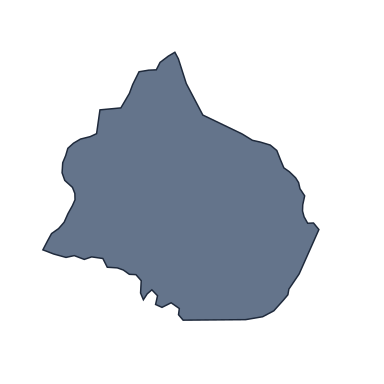 Assunção, Paraíba, Brazil, rotated 114°
{"feature_id": "56859067B95091211309862", "entity_name": "Assunção", "entity_type": "district", "adm_level": 2, "iso_a3": "BRA", "parent_name": "Brazil", "parent_adm1": "Paraíba", "projection": "orthographic", "projection_center": [-36.706, -7.073], "detail": "fine", "context": "isolated", "style": "filled", "palette": "slate", "viewbox_px": 384, "rotation_deg": 114, "n_neighbors": 0, "source": "geoboundaries", "source_scale": "gbopen_adm2", "svg_char_len": 1119}
<svg xmlns="http://www.w3.org/2000/svg" viewBox="0 0 384 384"><g transform="rotate(114 192 192)"><path d="M277.2,76.7L267.2,68.9L253.5,64.5L246.9,62.6L241.3,64.0L223.3,60.8L174.7,60.8L170.9,68.4L173.5,73.6L169.1,79.5L164.4,83.3L158.7,85.6L149.7,87.5L145.1,94.7L140.1,98.4L136.9,103.1L133.9,111.3L132.6,117.9L126.4,124.5L119.6,131.4L117.3,139.6L118.6,149.9L120.2,157.8L118.6,169.7L117.3,213.4L95.2,241.4L75.9,258.6L71.3,264.5L77.5,268.9L86.6,273.9L94.9,274.3L98.3,281.1L103.7,289.3L117.9,289.9L127.4,289.3L144.1,291.2L154.4,309.5L177.5,302.9L182.8,307.5L189.0,315.4L195.6,320.1L202.6,323.2L210.1,322.2L217.9,322.0L227.3,318.5L233.2,312.9L236.4,303.1L241.0,298.4L246.7,295.7L253.2,295.7L262.2,296.5L271.6,296.5L279.7,299.0L287.1,303.4L295.5,304.1L305.5,304.7L304.9,293.1L303.0,280.5L298.0,273.7L297.4,263.0L292.1,257.3L289.0,246.4L295.2,238.8L291.7,229.4L291.2,223.0L292.7,215.8L290.3,209.6L293.7,202.3L305.2,197.9L310.2,192.6L303.3,191.5L297.7,188.9L300.8,181.3L309.6,179.5L309.6,172.5L301.7,166.0L303.6,156.2L309.6,154.4L312.7,148.0L286.8,91.1L277.2,76.7Z" fill="#64748b" stroke="#1e293b" stroke-width="1.5"/></g></svg>